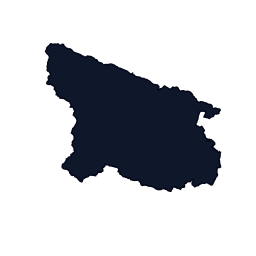 Chae Hom, Lampang, Thailand (orthographic projection), rotated 105°
{"feature_id": "78962969B2527199912665", "entity_name": "Chae Hom", "entity_type": "district", "adm_level": 2, "iso_a3": "THA", "parent_name": "Thailand", "parent_adm1": "Lampang", "projection": "orthographic", "projection_center": [99.662, 18.738], "detail": "fine", "context": "isolated", "style": "filled", "palette": "ink", "viewbox_px": 256, "rotation_deg": 105, "n_neighbors": 0, "source": "geoboundaries", "source_scale": "gbopen_adm2", "svg_char_len": 5771}
<svg xmlns="http://www.w3.org/2000/svg" viewBox="0 0 256 256"><g transform="rotate(105 128 128)"><path d="M161.4,32.6L161.1,32.1L160.1,31.7L155.6,30.9L154.8,30.5L153.1,30.6L152.2,29.9L150.7,29.4L150.1,29.5L147.5,30.9L143.3,31.6L142.4,29.2L141.6,28.5L138.1,30.5L136.4,31.0L134.6,32.0L132.0,31.7L128.6,32.5L127.7,32.4L127.8,32.9L127.3,33.5L127.7,33.6L128.2,35.4L127.6,35.8L127.2,35.7L126.8,36.2L127.2,36.7L126.3,37.9L126.1,38.4L126.4,38.6L125.9,39.0L126.3,39.1L126.5,40.0L126.0,40.3L125.7,40.2L124.8,40.9L125.2,41.1L125.1,41.8L124.5,41.4L124.3,41.7L124.1,41.4L123.0,41.6L123.0,41.2L122.8,41.3L122.2,41.0L122.3,40.7L121.8,40.3L121.4,40.4L121.4,40.1L121.1,40.0L120.1,40.5L120.3,40.8L120.0,41.2L119.3,41.4L117.7,44.9L118.0,45.4L118.9,45.1L119.6,45.4L119.4,45.9L118.4,46.0L117.8,46.8L118.0,47.1L119.2,47.0L119.3,47.3L118.6,48.2L119.7,48.3L119.9,48.7L117.9,49.0L117.9,49.8L117.1,50.8L114.4,52.4L113.9,54.2L113.3,54.3L111.1,53.7L110.5,53.7L107.4,57.1L107.5,57.5L108.6,58.5L108.8,59.1L108.2,60.7L108.2,62.5L107.6,62.8L107.3,63.5L106.8,63.6L105.6,63.5L104.4,63.1L103.2,63.3L102.1,62.9L97.5,63.3L93.1,62.7L92.2,59.8L92.1,57.2L92.5,56.9L94.3,56.8L97.1,57.5L97.7,57.3L97.4,53.4L97.7,51.9L96.0,50.7L94.7,48.7L92.3,48.1L91.7,47.4L91.5,45.9L90.4,44.1L89.0,44.3L86.8,43.6L86.3,44.0L86.0,45.0L86.4,46.2L86.1,48.6L86.3,49.2L87.4,50.3L87.4,50.9L86.4,52.0L85.0,52.5L84.4,53.1L84.0,54.5L84.3,56.9L83.6,58.9L83.9,60.8L83.5,62.1L83.9,64.9L84.8,65.5L84.9,66.0L84.4,68.2L82.1,70.0L82.0,71.4L81.0,71.9L80.6,73.5L79.7,73.8L78.2,75.4L78.0,76.0L77.5,76.5L77.0,78.4L77.5,79.2L77.0,79.8L78.1,82.3L77.8,82.9L78.0,83.5L77.6,84.0L78.2,85.5L79.1,86.6L77.8,89.0L76.3,90.3L75.9,91.4L76.1,92.1L77.1,93.2L76.8,95.1L79.9,97.2L78.6,101.3L78.6,102.2L77.9,103.3L78.4,104.1L79.5,104.4L80.0,104.8L80.6,104.7L80.8,105.4L81.6,105.6L81.7,106.9L83.3,108.0L83.5,108.5L80.1,108.9L78.8,110.7L78.8,111.3L79.5,112.0L79.1,112.9L79.3,114.4L79.2,115.5L78.2,117.3L77.9,118.3L77.5,118.5L76.8,120.5L77.0,120.8L76.8,121.5L76.2,122.4L76.7,123.7L76.0,125.5L76.4,126.5L76.5,127.9L75.9,129.6L76.1,130.3L76.0,131.7L76.6,132.5L76.2,133.4L76.3,134.2L74.8,136.8L75.2,137.6L74.1,137.9L75.4,139.1L74.0,142.4L73.5,143.0L72.3,151.4L72.6,152.6L72.2,153.6L71.7,154.1L71.8,154.9L70.9,157.4L70.8,159.1L70.5,160.2L71.0,162.0L71.7,163.2L72.4,163.7L72.1,164.8L72.6,165.8L72.6,166.5L73.4,167.5L73.6,168.1L73.5,168.5L72.2,169.9L72.2,173.9L70.4,175.6L70.3,176.2L70.8,176.9L69.4,179.0L68.6,182.2L69.1,186.0L69.9,186.5L70.5,187.4L70.7,188.6L70.2,190.0L70.3,191.2L69.5,192.7L68.9,200.0L68.1,201.5L67.3,202.4L66.6,204.3L66.8,205.3L67.5,206.3L66.8,206.8L66.8,208.7L66.0,209.6L65.7,210.8L65.2,211.5L64.6,211.4L64.1,211.9L64.0,212.3L64.2,213.3L65.2,213.8L65.2,214.3L65.9,214.8L65.7,215.9L64.9,217.0L64.9,217.5L65.7,218.8L65.7,219.8L66.4,221.6L66.9,222.2L66.8,223.0L66.5,223.6L66.8,224.6L68.5,225.3L70.4,226.6L71.9,227.2L73.4,226.9L75.0,227.5L76.3,226.6L77.3,225.1L78.0,223.2L78.7,223.0L79.4,222.3L82.0,222.0L82.6,222.4L83.7,222.2L85.7,222.5L86.5,222.1L89.9,221.9L91.1,221.1L92.9,221.1L93.7,220.5L93.4,219.7L93.6,219.1L96.2,216.5L97.6,217.0L98.1,217.4L98.1,217.7L98.8,217.8L99.0,218.1L100.5,218.1L101.0,217.1L102.0,217.2L102.6,216.8L104.0,217.9L105.7,218.1L106.4,217.2L106.3,215.3L105.7,214.3L106.9,209.9L107.5,209.3L108.3,209.4L109.8,209.1L110.2,207.8L113.1,205.8L114.3,206.0L114.3,205.1L115.2,204.1L115.3,202.8L116.7,201.3L116.4,200.1L116.3,198.4L115.4,197.9L115.2,197.6L116.3,196.8L117.2,194.4L117.7,192.4L117.6,191.6L118.0,190.7L118.9,190.3L120.2,189.0L121.0,188.6L122.2,189.2L122.7,189.1L122.2,187.4L122.4,186.1L125.7,183.7L126.6,183.5L127.3,184.2L129.7,184.1L130.5,182.2L131.5,181.3L131.9,180.4L133.7,179.1L136.3,178.9L141.6,180.2L142.7,181.2L146.2,181.2L147.4,181.4L148.9,178.5L150.3,177.7L153.2,177.0L154.3,177.6L156.5,178.1L157.3,177.5L158.1,177.3L158.7,177.7L159.2,177.6L159.7,176.5L160.4,176.0L161.3,174.5L163.0,174.6L163.9,173.6L164.5,173.4L165.2,173.5L166.6,174.8L167.5,175.1L168.4,176.2L169.8,175.7L170.4,175.9L171.4,177.2L171.8,178.0L173.1,178.3L173.9,179.5L174.9,179.1L175.4,179.4L176.2,179.3L176.9,179.8L177.7,179.7L178.6,180.5L179.2,180.6L179.9,181.7L180.7,181.5L181.1,181.8L182.9,181.4L183.6,180.6L184.0,179.3L183.7,176.4L184.2,174.4L185.1,173.3L186.7,172.3L187.1,171.3L187.9,170.9L188.2,169.6L187.4,167.7L188.9,166.4L188.7,165.5L189.1,164.9L189.3,163.9L190.8,162.3L191.0,161.4L191.8,160.6L192.0,158.8L191.6,158.5L188.8,158.3L186.6,156.1L185.3,154.1L183.6,153.0L183.0,151.6L182.7,149.2L182.3,148.6L182.6,147.7L182.4,146.9L181.1,146.8L180.6,146.1L179.3,145.7L178.1,145.8L178.2,144.5L177.9,143.1L177.4,142.3L176.5,142.0L176.2,141.3L175.0,141.5L174.0,142.1L172.9,142.3L172.2,141.4L171.6,141.2L171.0,140.6L169.0,140.6L169.1,139.7L168.7,137.6L169.3,135.8L168.9,134.9L169.0,132.6L168.3,131.7L168.9,131.2L169.1,130.2L168.7,129.1L168.8,127.9L169.9,126.2L172.7,126.2L172.8,125.2L173.2,124.6L173.1,124.0L174.1,124.1L174.5,123.9L174.6,122.7L176.2,119.9L175.9,118.8L176.2,117.4L176.0,116.7L176.6,114.6L175.7,113.2L176.2,112.5L177.1,112.1L177.1,109.6L176.9,108.1L175.5,104.2L176.7,103.2L177.1,102.0L179.2,100.7L179.7,99.9L179.7,99.1L178.8,97.4L178.7,96.1L178.3,95.0L178.8,93.9L178.3,90.4L178.5,89.1L178.2,88.4L179.5,85.3L179.7,83.0L178.9,80.3L177.6,79.1L177.4,77.9L177.0,77.4L177.3,76.5L176.8,76.3L177.5,75.5L177.4,74.2L178.2,72.9L178.1,70.4L177.7,70.1L176.5,70.2L175.3,69.4L173.4,69.6L173.1,69.3L172.9,66.0L173.4,65.4L173.2,64.2L173.5,61.4L171.4,60.9L170.7,58.6L170.3,58.2L166.8,59.2L166.4,57.7L165.2,57.4L164.2,56.0L163.8,54.2L162.9,53.5L161.6,53.3L161.5,52.4L160.8,51.9L161.0,51.3L161.9,51.0L163.1,51.6L164.4,51.9L165.3,51.6L166.2,51.1L166.6,49.8L167.5,48.4L166.1,46.8L165.3,45.1L164.0,44.5L163.0,43.1L162.2,42.5L161.5,39.6L160.3,38.0L160.6,35.9L161.0,35.2L160.9,34.2L161.4,33.6L161.4,32.6Z" fill="#0f172a" stroke="#020617" stroke-width="1.5"/></g></svg>